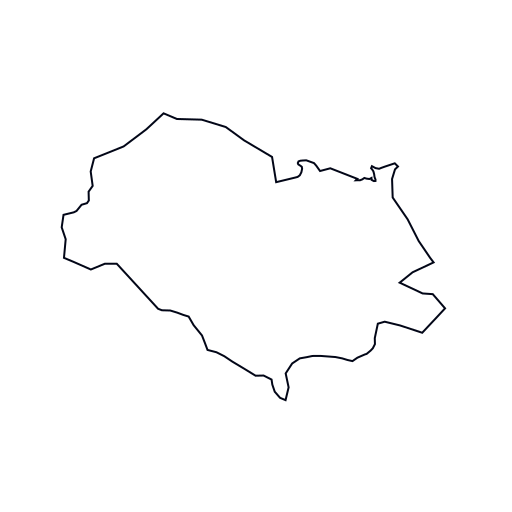 outline of Guli, White Nile, Sudan, rotated 287°
{"feature_id": "16777658B68520369405520", "entity_name": "Guli", "entity_type": "district", "adm_level": 2, "iso_a3": "SDN", "parent_name": "Sudan", "parent_adm1": "White Nile", "projection": "mercator", "projection_center": [32.427, 13.311], "detail": "fine", "context": "isolated", "style": "outline", "palette": "ink", "viewbox_px": 512, "rotation_deg": 287, "n_neighbors": 0, "source": "geoboundaries", "source_scale": "gbopen_adm2", "svg_char_len": 1673}
<svg xmlns="http://www.w3.org/2000/svg" viewBox="0 0 512 512"><g transform="rotate(287 256 256)"><path d="M197.1,82.7L197.1,82.8L194.8,102.0L204.4,113.7L207.9,125.1L176.9,177.8L176.6,181.9L178.8,189.9L178.8,197.2L178.4,203.8L178.4,209.3L171.6,216.6L164.2,227.6L158.1,232.4L152.0,237.1L152.4,246.3L150.9,255.0L148.1,264.2L145.2,275.9L141.4,290.6L143.9,298.2L142.4,307.0L137.8,309.2L131.7,313.6L127.4,320.5L126.8,326.4L139.9,325.6L152.4,318.7L163.8,322.0L170.9,327.8L174.1,334.1L176.9,339.2L179.4,347.3L182.6,361.5L183.3,368.4L183.3,373.9L183.7,379.0L188.4,382.7L193.7,388.9L194.7,390.4L199.1,393.3L201.9,394.7L206.5,395.5L212.2,393.6L226.9,392.3L230.8,398.3L231.7,414.1L231.2,437.4L250.7,447.0L261.2,452.1L271.2,436.2L268.9,426.3L272.5,401.2L286.2,410.5L301.8,427.7L305.2,423.0L317.9,407.2L335.4,390.3L351.9,369.6L369.4,363.6L379.5,363.6L383.1,365.6L385.2,361.6L379.3,353.3L377.0,350.2L375.4,348.2L375.0,344.6L375.8,340.6L373.6,340.4L372.7,341.8L371.3,343.5L368.7,345.1L366.5,346.1L365.3,346.9L364.1,347.9L362.7,348.3L362.1,346.8L362.6,344.3L364.4,343.6L362.8,342.0L362.3,339.1L362.3,336.8L360.3,335.2L358.8,333.3L358.3,331.4L357.6,329.4L359.4,330.3L361.6,301.4L356.0,292.4L360.0,287.2L361.8,284.3L362.2,276.1L361.0,272.8L360.1,270.6L358.9,269.0L357.1,268.8L356.0,269.6L355.3,272.1L354.7,273.7L352.9,274.6L349.3,274.9L346.0,274.3L343.8,272.7L342.5,270.6L332.5,253.7L355.4,242.4L363.1,210.8L370.5,189.4L370.5,164.2L363.9,140.3L365.4,125.9L345.1,114.1L322.1,97.4L302.1,72.6L288.5,73.2L275.3,79.3L268.6,77.1L260.2,79.9L257.1,78.9L254.0,74.2L246.6,71.2L244.5,69.0L239.1,59.9L226.6,61.8L216.4,69.1L198.1,72.9L197.1,82.7Z" fill="none" stroke="#020617" stroke-width="2"/></g></svg>